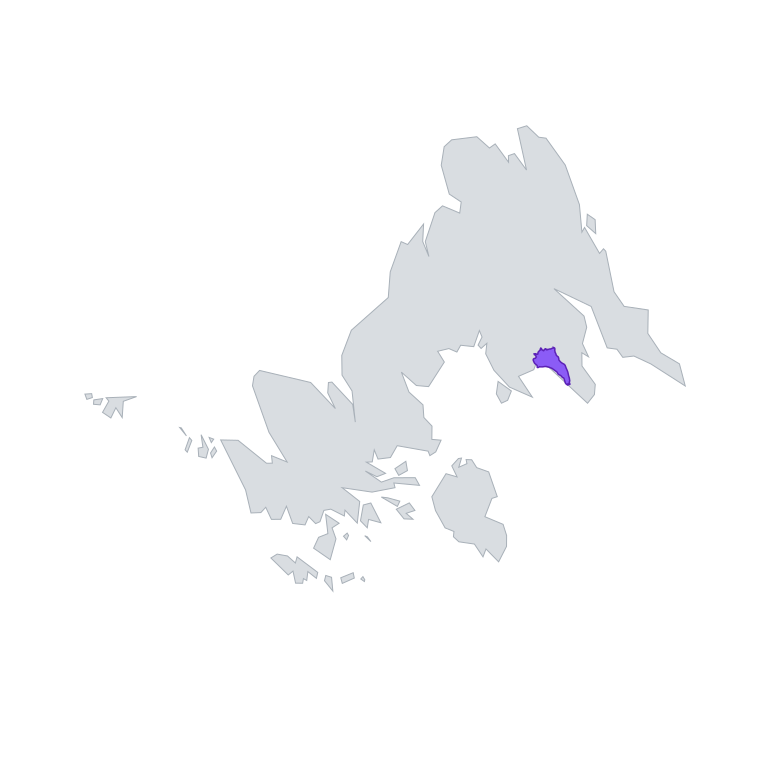 Ceredigion highlighted on a map of United Kingdom, rotated 250°
{"feature_id": "GBR-2105", "entity_name": "Ceredigion", "entity_type": "Principality", "adm_level": 1, "iso_a3": "GBR", "parent_name": "United Kingdom", "parent_adm1": "", "projection": "natural_earth1", "projection_center": [-4.124, 52.292], "detail": "fine", "context": "in_parent", "style": "filled", "palette": "violet", "viewbox_px": 768, "rotation_deg": 250, "n_neighbors": 0, "source": "natural_earth", "source_scale": "10m", "svg_char_len": 5148}
<svg xmlns="http://www.w3.org/2000/svg" viewBox="0 0 768 768"><g transform="rotate(250 384 384)"><path d="M415.5,576.3L379.4,595.2L368.0,593.9L354.1,584.3L339.6,585.5L345.7,580.6L333.2,576.2L311.4,582.4L302.1,578.1L296.3,568.7L343.2,544.7L350.3,533.1L346.2,529.6L345.2,513.0L320.9,518.9L338.2,500.8L359.3,492.0L377.6,489.9L387.1,494.6L384.2,487.4L388.4,485.7L394.6,492.2L401.6,491.9L388.4,481.1L394.2,469.3L389.1,463.4L395.1,457.1L396.4,445.6L384.0,448.2L366.3,425.0L371.5,413.9L389.2,404.4L367.9,404.7L351.1,413.5L338.9,410.0L328.0,414.7L315.6,410.0L311.7,418.4L302.5,409.4L301.0,402.6L305.8,402.5L321.5,375.3L312.7,364.9L315.5,352.7L325.4,352.3L314.8,346.3L316.6,340.7L299.5,354.9L299.3,345.6L308.6,336.7L292.7,348.0L292.5,361.2L285.3,381.3L276.6,382.7L287.6,359.4L282.8,358.9L286.5,335.8L300.9,309.2L281.9,321.0L262.4,311.3L278.8,304.2L273.5,301.6L284.6,291.2L285.8,284.3L276.5,276.7L276.2,272.0L285.2,267.9L278.6,261.6L284.2,250.5L302.5,250.5L292.2,240.7L295.3,231.9L308.6,230.7L305.3,224.3L308.3,214.9L331.8,217.7L387.3,211.4L381.0,227.6L349.7,246.5L347.8,252.0L355.1,253.8L343.8,266.3L377.9,259.4L427.3,259.8L435.7,264.5L439.3,271.7L410.5,315.6L377.5,329.9L394.9,328.1L404.4,332.3L403.6,335.7L375.5,347.6L358.0,344.0L388.4,351.6L406.7,347.6L425.3,354.1L445.7,371.7L463.8,417.6L487.2,428.2L511.9,448.8L507.0,453.9L520.8,475.9L504.6,469.1L488.4,469.8L503.7,471.5L527.6,490.5L531.4,499.9L518.7,513.6L528.6,518.8L540.1,510.3L570.0,512.6L586.4,521.7L590.3,531.1L584.6,555.8L569.7,563.8L571.6,570.6L549.8,576.9L556.0,579.0L555.9,585.4L536.3,591.1L578.3,596.7L577.8,606.5L563.0,613.8L559.6,620.3L527.8,629.2L485.8,629.0L459.0,621.9L462.5,626.0L433.0,631.2L436.0,636.5L432.9,637.8L392.0,631.7L374.8,636.2L363.2,657.6L341.3,649.2L318.6,654.8L301.9,668.5L279.1,666.4L311.6,641.6L324.8,628.4L327.4,617.5L337.0,614.8L341.6,606.1L386.0,605.2L415.5,576.3ZM265.6,452.3L239.4,451.9L239.6,446.3L224.8,433.4L211.4,447.9L199.7,447.4L189.5,443.6L177.7,430.9L194.1,423.4L187.7,417.9L202.7,414.2L210.1,400.4L216.7,397.0L221.5,399.3L227.9,392.2L247.4,389.1L261.7,390.4L278.5,411.6L271.7,420.9L283.9,419.7L288.5,428.4L287.9,431.5L280.2,425.8L280.8,434.7L284.9,435.3L282.8,440.5L273.7,442.5L265.6,452.3ZM260.7,225.4L255.4,234.5L246.1,239.5L251.3,243.2L229.6,257.3L224.5,254.0L233.8,248.3L225.8,244.2L228.7,241.7L224.6,239.4L227.1,232.8L239.3,234.5L237.3,228.7L259.2,218.2L260.7,225.4ZM262.3,270.1L262.6,280.1L281.5,284.6L268.5,294.2L266.6,286.0L254.9,285.9L237.3,273.4L253.8,261.7L262.3,270.1ZM453.6,109.8L462.0,119.6L466.1,118.2L456.8,147.2L456.9,133.1L442.0,126.5L453.4,123.9L445.5,115.7L453.6,109.8ZM276.7,330.9L254.7,333.6L262.0,323.2L254.6,319.1L263.5,315.1L277.4,323.2L276.7,330.9ZM336.3,486.2L347.4,492.1L333.9,501.3L326.4,494.6L325.8,487.8L336.3,486.2ZM262.1,352.7L263.6,367.1L254.6,369.8L254.9,360.6L247.0,365.0L250.4,356.7L262.1,352.7ZM387.3,187.4L386.5,192.2L398.9,194.8L382.7,196.7L375.2,191.5L379.3,185.1L387.3,187.4ZM303.9,378.1L294.6,376.4L293.1,366.6L300.7,365.3L303.9,378.1ZM474.0,633.1L466.2,638.6L452.9,634.4L463.5,628.6L474.0,633.1ZM268.5,358.8L264.4,354.7L278.7,342.8L275.7,348.7L268.5,358.8ZM219.5,260.8L224.0,263.8L220.3,268.6L206.9,265.1L219.5,260.8ZM217.2,290.5L211.8,289.7L210.9,276.6L216.7,277.1L217.2,290.5ZM466.5,114.7L461.5,110.1L464.3,104.1L468.3,105.9L466.5,114.7ZM400.1,182.8L396.7,184.1L387.2,175.8L390.2,174.6L400.1,182.8ZM382.8,203.1L378.2,203.8L373.5,197.2L378.5,197.4L382.8,203.1ZM476.8,99.5L474.9,106.0L471.0,105.3L471.2,99.5L476.8,99.5ZM412.1,178.5L402.8,180.6L413.0,177.1L412.1,178.5ZM256.5,298.4L253.8,298.9L250.3,295.6L254.8,293.9L256.5,298.4ZM393.6,201.4L390.4,205.1L388.0,201.7L393.6,201.4ZM246.1,316.1L240.4,317.8L248.0,314.0L246.1,316.1ZM210.2,298.3L206.6,299.0L205.1,298.0L208.7,295.5L210.2,298.3Z" fill="#d9dde1" stroke="#a8b0b8" stroke-width="1"/><path d="M320.3,556.5L321.2,557.0L321.1,555.4L322.7,554.8L327.9,555.0L328.4,554.8L328.6,554.5L328.8,554.2L329.1,553.9L330.4,553.5L331.2,553.1L332.0,552.5L333.3,551.3L333.9,551.0L334.6,550.9L335.4,550.8L336.2,550.6L341.2,547.2L343.6,544.5L344.9,542.6L345.4,541.4L345.8,539.1L346.2,537.9L346.6,536.8L347.1,536.0L346.9,535.5L346.8,534.9L346.8,534.2L347.1,533.8L347.4,533.7L348.4,534.1L348.8,534.2L349.5,534.0L351.7,532.7L352.5,532.5L355.0,532.3L356.2,532.7L356.6,533.6L356.4,535.1L357.3,536.4L359.3,536.1L360.2,535.3L361.0,535.4L360.5,537.1L359.6,537.6L359.5,538.7L361.2,539.7L362.3,541.7L362.5,542.7L363.3,542.7L364.1,543.6L363.7,544.0L361.9,544.3L360.8,545.1L360.7,545.5L361.4,546.2L361.4,546.8L362.0,547.5L361.8,547.9L360.6,548.4L360.4,549.0L360.7,549.2L360.3,549.6L360.3,551.4L359.9,552.7L360.1,554.5L359.8,555.6L360.4,555.7L359.5,556.6L358.5,556.6L357.4,556.0L356.2,555.8L355.1,555.6L354.4,555.8L353.7,555.8L353.1,555.8L352.2,555.7L351.8,555.9L350.7,556.4L349.9,557.0L348.8,557.0L348.0,556.9L347.0,556.6L346.4,556.7L344.4,557.4L342.7,558.5L340.9,560.1L339.6,560.6L338.0,560.6L336.6,560.6L335.4,560.7L334.0,560.8L332.3,560.8L328.6,560.3L326.1,560.2L325.0,559.9L324.0,559.8L323.3,559.5L322.9,559.3L322.5,558.8L322.0,558.7L321.3,558.7L320.7,558.7L320.2,558.6L320.1,557.9L320.1,557.1L320.3,556.7L320.3,556.5Z" fill="#8b5cf6" stroke="#5b21b6" stroke-width="1.5"/></g></svg>